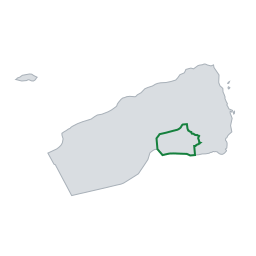 Khab wa Ash Sha'f, Al Jawf, Yemen (highlighted), rotated 175°
{"feature_id": "15242507B11673803403546", "entity_name": "Khab wa Ash Sha'f", "entity_type": "district", "adm_level": 2, "iso_a3": "YEM", "parent_name": "Yemen", "parent_adm1": "Al Jawf", "projection": "mercator", "projection_center": [45.303, 16.593], "detail": "fine", "context": "in_parent", "style": "outline", "palette": "green", "viewbox_px": 256, "rotation_deg": 175, "n_neighbors": 0, "source": "geoboundaries", "source_scale": "gbopen_adm2", "svg_char_len": 5300}
<svg xmlns="http://www.w3.org/2000/svg" viewBox="0 0 256 256"><g transform="rotate(175 128 128)"><path d="M210.0,110.0L200.9,113.3L198.5,114.8L196.3,116.6L194.7,118.9L193.6,122.9L194.4,126.6L194.3,128.5L192.0,129.8L189.8,130.8L187.4,132.2L185.9,132.6L184.7,133.7L183.3,134.5L178.2,136.6L172.7,138.2L163.9,140.1L160.5,142.1L157.4,143.6L152.8,144.0L146.3,145.9L142.7,147.5L138.3,150.1L137.3,150.9L136.5,152.8L135.2,154.4L132.5,157.1L130.5,158.4L129.1,158.5L126.5,159.3L123.5,159.4L118.3,158.5L117.0,159.1L115.9,160.2L111.9,162.0L107.8,165.6L104.8,166.6L100.0,167.7L96.7,169.3L94.4,169.9L91.5,170.2L86.1,170.0L81.0,170.6L76.3,171.6L74.1,173.6L71.6,176.6L67.4,177.9L66.5,179.0L65.2,181.3L62.5,181.8L60.1,182.2L57.6,181.2L52.9,184.0L51.2,184.4L48.5,184.5L46.6,185.1L45.2,184.9L43.5,183.9L39.9,182.6L37.3,183.4L37.1,180.8L32.7,172.9L33.6,166.0L33.6,165.1L32.7,162.0L30.1,159.2L30.2,155.6L29.3,153.0L28.6,150.4L28.8,149.7L28.9,149.1L27.6,145.0L27.1,144.2L26.9,143.3L27.4,142.7L27.4,141.9L26.7,140.7L25.9,138.3L22.3,136.4L23.1,134.7L23.8,135.3L24.7,135.8L24.9,134.7L24.9,133.8L23.4,128.6L25.6,121.5L24.9,115.1L28.3,112.6L29.1,111.8L29.6,111.1L30.4,109.7L31.5,109.2L31.9,107.6L31.8,106.9L31.1,106.2L30.6,104.4L30.8,102.2L31.0,101.2L31.3,99.5L32.5,98.8L32.8,98.3L31.9,97.2L31.9,96.6L33.9,94.7L34.7,94.2L36.0,93.6L37.0,93.6L38.2,93.9L39.3,94.5L40.3,95.4L41.3,96.5L43.0,96.9L44.1,96.8L45.0,97.2L45.8,97.0L46.6,96.4L48.0,96.5L49.3,95.8L52.9,95.5L56.3,95.7L59.9,95.2L63.5,95.3L67.2,95.3L68.0,95.4L68.7,95.7L71.8,97.3L74.1,97.7L78.8,98.1L83.8,98.6L88.1,99.0L91.7,98.6L94.8,98.3L95.6,98.3L96.5,99.3L98.3,101.9L100.0,104.2L103.1,104.3L105.0,103.5L107.1,102.2L108.4,101.2L109.9,97.4L110.9,94.9L113.1,92.1L115.0,89.7L117.5,86.6L118.9,84.9L121.6,81.5L124.1,80.2L129.1,77.6L134.0,75.1L137.2,73.5L139.9,72.7L144.5,72.1L149.8,71.3L155.1,70.5L160.8,69.7L167.2,68.8L171.5,68.2L177.1,67.4L181.7,66.8L185.8,66.2L190.0,65.6L190.8,67.5L191.6,69.4L192.4,71.3L193.2,73.2L194.0,75.1L194.8,77.0L195.6,78.9L196.4,80.7L197.2,82.6L198.0,84.5L198.8,86.4L199.6,88.3L200.4,90.2L201.2,92.1L202.0,94.0L202.8,95.8L203.5,97.7L204.8,98.3L205.6,100.0L206.7,102.5L207.8,105.0L208.9,107.5L210.0,110.0ZM222.2,184.6L223.3,184.8L224.9,184.1L229.8,184.1L235.6,186.1L234.5,186.7L233.9,187.4L231.3,188.1L228.7,189.7L221.4,190.4L219.2,190.0L217.4,188.5L214.1,186.5L215.4,185.2L215.7,184.6L216.2,184.1L218.0,183.1L219.9,183.3L222.2,184.6ZM24.7,159.9L24.4,160.3L24.1,160.2L23.0,159.2L24.2,158.1L24.9,159.1L24.7,159.9ZM21.1,135.1L20.6,135.5L20.4,134.8L20.8,133.2L21.4,132.7L21.7,133.9L21.5,134.6L21.1,135.1ZM24.1,164.8L22.9,165.4L23.7,163.9L24.6,163.6L24.8,163.7L24.1,164.8Z" fill="#d9dde1" stroke="#a8b0b8" stroke-width="1"/><path d="M100.5,104.3L100.2,103.9L99.9,103.5L99.7,103.2L99.3,102.7L99.1,102.3L98.8,101.9L98.5,101.5L98.2,101.1L97.9,100.8L97.7,100.4L97.3,99.9L97.1,99.6L96.8,99.2L96.5,98.8L96.3,98.4L96.0,98.0L95.5,98.1L95.1,98.1L94.7,98.2L94.2,98.2L93.8,98.3L93.4,98.4L93.0,98.4L92.5,98.5L92.1,98.5L91.7,98.6L91.2,98.7L90.8,98.7L90.4,98.8L89.9,98.8L89.5,98.9L89.1,98.9L88.6,98.9L88.1,98.9L87.6,98.9L87.2,98.8L86.7,98.8L86.2,98.8L85.7,98.7L85.3,98.7L84.7,98.7L84.3,98.6L83.8,98.6L83.4,98.5L82.8,98.5L82.3,98.4L81.9,98.3L81.4,98.3L80.9,98.2L80.4,98.1L79.9,98.1L79.4,98.0L79.0,98.0L78.5,97.9L78.0,97.8L77.5,97.8L77.0,97.7L76.5,97.7L76.0,97.6L75.6,97.5L75.1,97.5L74.6,97.4L74.1,97.4L73.6,97.3L73.1,97.2L72.7,97.2L72.1,97.1L71.7,97.1L71.3,96.8L70.9,96.6L70.4,96.4L70.0,96.1L69.6,95.9L69.2,95.7L68.8,95.4L68.4,95.2L67.9,95.2L67.5,95.2L67.0,95.2L66.5,95.2L66.1,95.2L65.6,95.2L65.1,95.2L64.7,95.2L64.2,95.2L63.9,95.2L63.6,95.2L63.6,96.2L63.6,98.9L63.6,99.0L63.6,101.0L63.6,102.4L63.6,104.3L62.4,104.2L62.2,104.4L61.9,104.5L61.7,104.8L61.6,105.0L61.4,105.1L61.2,105.1L60.9,105.3L60.7,105.4L60.5,105.5L60.4,105.5L60.2,105.5L59.9,105.6L59.7,105.6L59.4,105.8L59.2,106.0L58.9,106.1L58.7,106.1L58.4,106.1L58.2,106.2L58.1,106.3L58.0,106.5L57.9,106.5L57.7,106.8L57.4,107.0L57.2,107.1L57.4,107.2L57.6,107.3L57.9,107.4L58.0,107.4L58.1,107.5L58.3,107.6L58.3,108.0L58.3,108.4L58.4,109.3L58.5,109.7L58.5,109.9L58.5,110.0L58.7,110.5L58.8,110.9L58.9,111.3L59.0,111.7L59.0,111.8L58.9,112.0L58.8,112.3L58.0,113.6L57.8,113.9L57.9,114.0L58.0,114.0L58.3,114.1L58.5,114.1L58.8,114.3L59.0,114.4L59.1,114.5L59.3,114.7L59.4,114.8L59.5,114.8L59.8,115.0L60.0,114.9L60.3,114.9L60.5,115.0L60.8,115.0L61.0,115.1L61.3,115.2L61.5,115.2L61.6,115.3L61.8,115.3L62.0,115.5L62.3,115.6L62.5,115.8L62.6,116.0L62.8,116.1L63.0,116.3L63.2,116.5L63.3,116.5L63.6,116.7L63.8,116.7L64.0,116.7L64.3,116.7L64.5,116.7L64.9,116.8L65.2,117.6L65.3,117.8L65.3,118.5L65.9,118.7L66.2,118.8L66.7,119.1L67.1,119.4L67.2,119.5L67.4,119.6L67.9,120.1L68.2,120.4L68.2,120.5L68.3,120.5L68.4,121.0L68.5,121.4L68.6,121.5L68.8,122.3L69.0,126.7L69.6,126.7L72.1,126.7L72.7,126.7L72.9,126.7L73.1,126.7L73.3,126.6L73.6,126.4L73.8,126.2L74.0,126.0L74.1,125.9L74.3,125.6L74.7,125.0L75.1,124.4L75.7,123.7L75.9,123.6L76.1,123.4L76.6,123.1L77.0,122.8L77.3,122.7L77.7,122.5L77.8,122.4L78.1,122.3L78.3,122.2L78.6,122.1L78.9,122.0L79.2,121.9L79.3,121.9L79.8,121.8L80.1,121.8L81.7,121.5L82.5,121.4L87.7,120.5L90.5,120.0L97.1,119.1L97.6,118.4L100.5,115.2L100.5,111.6L100.5,109.4L100.5,108.3L100.5,108.2L100.5,107.2L100.5,106.5L100.5,105.6L100.5,104.7L100.5,104.3L100.5,104.3Z" fill="none" stroke="#15803d" stroke-width="2"/></g></svg>